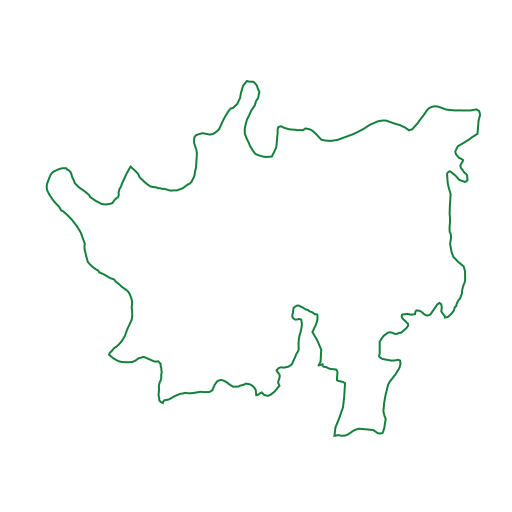 outline of Tukh, Al Qalyubiyah, Egypt, rotated 4°
{"feature_id": "37247803B54771061850383", "entity_name": "Tukh", "entity_type": "district", "adm_level": 2, "iso_a3": "EGY", "parent_name": "Egypt", "parent_adm1": "Al Qalyubiyah", "projection": "equal_earth", "projection_center": [31.147, 30.344], "detail": "fine", "context": "isolated", "style": "outline", "palette": "green", "viewbox_px": 512, "rotation_deg": 4, "n_neighbors": 0, "source": "geoboundaries", "source_scale": "gbopen_adm2", "svg_char_len": 6096}
<svg xmlns="http://www.w3.org/2000/svg" viewBox="0 0 512 512"><g transform="rotate(4 256 256)"><path d="M124.6,175.6L121.3,182.5L117.3,193.0L116.6,195.8L115.1,198.9L114.5,202.1L114.8,204.7L114.4,206.6L114.1,207.1L112.7,208.2L111.1,209.8L109.1,213.2L106.0,214.4L102.3,215.1L98.5,214.9L92.1,212.1L86.4,208.7L85.8,207.5L85.0,206.6L80.4,203.3L74.8,200.0L70.2,196.1L69.0,193.3L67.2,190.3L66.4,187.8L65.2,185.3L63.4,183.6L61.4,182.9L61.1,182.2L60.5,181.7L57.0,181.9L54.0,182.8L48.9,185.5L47.2,186.9L46.0,188.4L45.0,190.5L42.7,197.9L42.3,200.4L42.5,202.8L43.0,204.9L45.8,209.5L49.2,213.9L52.3,217.2L56.2,220.7L58.5,224.1L60.9,225.1L66.5,229.6L70.0,232.9L75.0,238.4L79.6,244.9L84.4,255.8L84.2,258.4L84.5,261.0L87.1,269.4L88.7,273.7L91.0,276.0L93.8,278.3L96.9,280.3L99.6,281.5L100.2,282.3L100.6,283.2L105.5,284.9L112.3,288.3L116.0,289.2L117.1,290.5L118.6,291.9L120.5,293.0L124.3,296.1L130.1,299.7L131.9,301.6L133.2,303.9L135.0,308.0L135.7,311.3L135.7,313.7L135.5,315.8L136.3,319.8L136.7,323.9L136.6,326.9L136.0,329.6L132.7,338.0L130.8,344.8L128.9,348.7L127.0,351.7L125.1,354.1L123.0,356.2L120.9,357.8L118.8,360.7L116.8,363.0L116.3,364.8L120.5,367.8L125.1,370.1L126.6,370.6L129.7,371.1L135.3,371.0L140.0,370.4L143.1,368.7L146.4,366.0L148.2,365.6L149.7,364.8L151.6,364.6L161.3,368.1L163.1,368.4L165.9,367.9L168.5,370.4L168.5,372.2L169.4,374.6L169.5,376.1L170.1,378.8L169.7,381.2L170.0,383.6L169.7,386.4L168.8,388.5L168.3,391.2L168.2,393.5L168.6,395.9L168.5,401.7L169.4,404.7L169.5,406.5L170.9,408.1L173.3,409.1L173.5,408.0L174.5,406.4L179.1,405.2L184.6,401.5L190.2,398.7L192.6,398.3L194.6,397.5L198.7,397.7L202.2,397.2L210.3,395.3L212.7,395.4L218.9,395.0L221.8,393.0L223.6,387.7L225.9,383.9L227.0,383.1L229.7,382.0L233.0,382.8L236.8,384.7L237.9,385.7L242.3,388.0L247.6,387.5L249.1,386.5L252.8,385.3L254.7,384.0L258.7,384.4L261.5,385.7L263.9,387.9L265.1,389.8L266.0,394.8L267.6,394.4L270.0,392.3L271.2,391.7L274.0,394.1L277.6,394.7L280.6,393.2L281.3,392.3L283.3,390.7L286.1,387.1L286.7,385.9L288.5,383.9L286.9,380.8L287.1,379.0L287.8,376.7L288.1,374.1L287.6,372.4L285.2,369.8L284.5,368.5L286.6,366.1L288.7,365.3L292.0,365.4L294.1,364.6L295.8,364.3L298.9,362.0L299.7,360.5L302.5,353.0L302.8,351.5L304.6,348.2L305.1,346.1L304.5,340.2L304.6,335.6L304.9,332.7L306.0,327.7L306.6,321.9L306.3,319.4L305.5,316.3L303.9,315.8L303.2,315.8L301.5,316.5L299.5,316.7L297.5,315.6L296.5,314.1L296.3,312.5L296.9,309.8L296.8,308.9L297.1,305.1L299.5,303.1L300.8,302.5L302.6,302.5L304.5,303.6L306.3,304.1L307.7,305.0L309.8,306.0L311.7,306.2L312.9,307.3L316.2,308.3L318.2,309.7L321.2,310.2L321.7,312.8L321.6,315.6L321.2,317.7L320.2,321.4L319.2,323.6L317.6,328.0L322.7,335.4L327.6,344.8L327.8,356.8L326.2,360.7L326.4,360.8L327.0,360.4L329.9,359.4L330.4,361.2L331.0,361.7L333.8,361.9L336.1,363.0L338.1,363.5L343.7,363.6L344.9,364.8L345.4,366.2L345.3,372.4L345.5,374.3L346.9,374.9L351.4,375.5L353.7,376.7L353.8,391.1L353.3,401.0L350.3,412.1L347.2,421.5L346.8,429.9L350.4,429.0L354.4,429.3L357.0,429.0L359.9,427.8L365.5,423.4L369.1,421.6L371.1,421.1L385.1,421.4L389.6,424.1L391.1,424.5L393.2,424.2L394.5,423.8L395.0,422.7L395.9,419.0L396.7,409.7L396.2,408.2L395.4,406.8L394.2,403.0L393.9,401.5L394.1,393.9L394.7,387.2L396.7,375.5L398.0,372.3L403.5,364.2L406.3,358.9L407.0,357.0L407.7,353.2L406.9,350.2L405.3,349.6L401.8,350.5L398.3,350.9L389.5,349.9L386.7,348.5L385.7,347.4L386.2,344.4L385.3,332.6L386.4,331.2L387.0,329.7L388.7,327.0L392.8,323.3L395.0,322.8L397.7,323.1L399.4,323.9L401.7,324.0L404.5,322.5L405.9,322.6L410.9,317.7L412.7,314.8L412.6,314.0L412.3,312.9L411.0,312.0L409.8,310.7L407.4,308.9L405.6,306.8L405.7,304.6L406.3,304.1L411.6,303.2L414.8,303.8L418.7,302.9L418.9,300.4L419.9,299.1L422.7,299.2L424.9,300.1L427.7,302.3L430.1,303.4L431.3,303.4L433.3,302.7L434.1,302.1L440.3,291.6L442.3,290.0L444.2,291.3L444.9,294.5L444.7,298.5L448.4,302.8L448.7,304.2L451.7,303.5L455.4,299.4L457.1,296.7L458.0,293.0L459.2,292.0L459.4,290.1L460.8,286.5L462.5,284.0L464.1,278.8L464.0,276.0L464.7,271.7L466.0,267.7L466.3,265.4L465.6,256.6L463.8,251.8L458.0,247.7L453.9,243.9L453.3,243.8L451.1,239.1L450.3,236.5L448.8,230.4L449.3,223.5L448.6,220.2L447.5,218.2L447.1,214.7L447.2,209.0L446.8,204.0L446.2,200.5L445.9,192.8L445.8,180.5L443.5,174.4L442.2,169.9L440.9,161.3L441.0,160.1L442.0,158.9L443.1,158.0L444.1,158.2L447.8,160.7L450.7,163.1L453.3,165.8L459.2,167.6L460.8,166.7L461.7,165.3L460.9,160.8L459.7,159.3L457.9,158.2L456.3,156.0L455.2,155.0L454.3,153.8L453.5,151.9L454.2,149.8L455.5,147.5L455.8,146.7L455.7,145.7L453.0,144.3L452.0,144.2L448.3,140.5L447.5,137.8L449.6,132.6L460.4,125.0L462.9,122.7L468.4,118.7L468.6,105.4L469.7,99.3L468.4,95.7L465.6,94.4L459.6,95.9L443.7,96.9L435.8,96.7L427.4,94.3L424.9,94.1L422.4,94.5L420.2,95.4L418.5,96.4L416.8,98.1L413.6,103.5L409.2,110.1L408.3,111.9L402.9,118.8L399.9,119.9L396.0,117.6L390.5,115.4L385.6,114.4L376.2,111.8L372.3,112.1L368.1,113.2L360.5,117.1L354.5,121.7L348.0,125.7L343.3,128.2L329.0,134.6L322.2,136.0L317.1,136.0L313.0,135.4L307.2,130.0L304.1,127.5L301.8,126.2L299.8,125.7L296.4,125.3L294.0,127.3L291.2,127.3L288.4,127.7L286.2,127.3L282.6,127.4L279.8,127.2L275.0,126.1L271.9,124.8L269.2,125.9L268.7,128.6L269.0,130.6L268.7,145.8L267.2,150.1L264.8,155.7L259.5,156.5L256.3,156.4L252.1,155.5L248.4,154.3L246.3,152.1L242.4,146.7L241.0,143.7L238.6,139.7L236.3,134.6L235.9,129.6L236.4,126.1L237.4,120.8L239.2,116.6L241.0,111.5L244.3,105.8L245.2,101.5L247.1,98.2L247.9,91.8L246.2,89.1L245.0,85.9L241.8,82.7L240.1,82.3L237.6,82.6L234.7,82.1L231.3,86.9L229.6,94.4L229.1,99.5L226.7,105.6L222.7,110.0L220.7,110.4L218.8,112.8L215.3,119.4L213.4,123.8L210.5,131.7L208.6,134.1L206.3,136.1L204.5,137.3L201.4,138.1L194.0,137.2L188.1,139.4L186.8,140.9L186.1,142.7L186.3,146.9L186.7,148.5L189.1,154.2L189.9,157.7L190.0,172.1L189.2,176.3L189.1,179.4L188.6,181.5L186.4,186.6L185.1,188.2L182.9,189.5L178.1,193.6L172.0,196.2L169.0,196.2L167.4,196.7L165.6,196.7L160.2,195.4L157.7,195.6L155.5,195.0L153.8,195.3L152.1,194.5L147.6,194.3L145.6,193.9L142.8,192.2L139.5,189.9L137.5,188.0L135.6,186.8L134.0,184.9L132.8,182.4L129.4,179.3L124.6,175.6Z" fill="none" stroke="#15803d" stroke-width="2"/></g></svg>